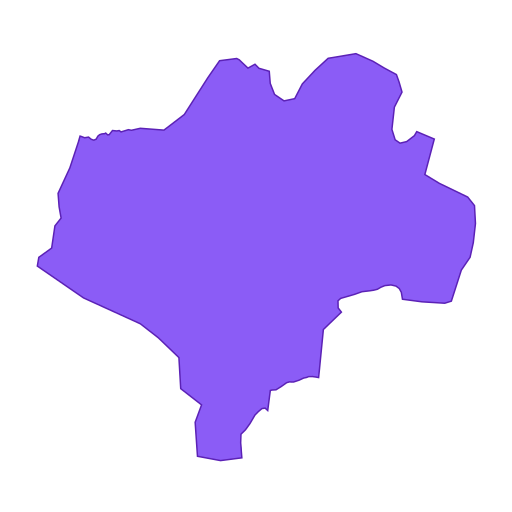 Tenenkou, Mopti, Mali, rotated 2°
{"feature_id": "8926073B19754802458169", "entity_name": "Tenenkou", "entity_type": "district", "adm_level": 2, "iso_a3": "MLI", "parent_name": "Mali", "parent_adm1": "Mopti", "projection": "albers", "projection_center": [-4.939, 14.587], "detail": "fine", "context": "isolated", "style": "filled", "palette": "violet", "viewbox_px": 512, "rotation_deg": 2, "n_neighbors": 0, "source": "geoboundaries", "source_scale": "gbopen_adm2", "svg_char_len": 1756}
<svg xmlns="http://www.w3.org/2000/svg" viewBox="0 0 512 512"><g transform="rotate(2 256 256)"><path d="M343.3,309.1L339.9,305.0L339.5,297.9L342.1,295.4L355.8,290.9L363.1,288.0L366.3,287.5L370.9,286.8L374.7,286.1L378.5,285.0L381.8,282.9L385.8,281.1L391.9,280.2L397.0,281.2L400.3,283.5L402.5,287.2L403.9,294.1L423.4,296.0L446.3,296.6L452.8,294.3L461.7,262.9L470.0,249.8L472.7,235.1L474.2,215.9L472.6,198.0L465.5,189.7L436.7,177.0L421.9,168.7L430.1,132.9L412.3,126.1L410.1,130.2L402.6,136.4L396.0,138.2L391.0,135.0L387.4,124.7L389.1,102.4L396.2,87.1L392.9,77.1L390.0,69.8L377.5,63.6L366.1,57.3L348.8,50.3L321.2,55.9L308.6,68.3L296.3,82.4L289.2,97.4L278.6,100.0L268.9,93.9L264.2,83.0L262.8,70.9L252.4,68.3L249.9,65.9L248.3,64.4L241.4,68.5L235.4,63.2L232.4,60.5L229.8,59.3L212.8,62.1L201.7,79.4L179.4,117.1L159.6,133.4L135.9,132.4L127.1,134.7L124.1,134.2L116.8,136.7L114.9,135.4L112.5,135.9L108.2,135.6L105.0,139.9L103.5,140.1L101.5,138.4L100.5,139.0L97.6,139.4L95.5,140.2L93.8,141.7L92.5,144.2L92.3,144.7L89.9,145.9L88.2,145.4L87.1,145.0L84.5,143.0L80.6,143.8L77.1,142.6L76.0,142.3L74.9,146.6L75.0,146.6L66.9,174.4L56.0,200.3L57.5,213.7L59.9,224.9L54.0,232.9L51.5,255.2L39.0,264.9L37.8,273.7L85.1,303.9L142.8,327.8L161.3,341.2L182.5,360.2L185.4,391.2L206.8,406.7L201.0,424.3L204.5,458.2L227.7,461.7L248.9,458.2L248.1,451.3L247.8,448.1L247.2,443.3L247.2,434.6L251.5,430.1L255.8,423.7L260.5,415.0L263.7,411.5L267.2,408.3L270.4,407.7L273.1,410.0L275.0,389.9L276.6,389.4L280.7,389.0L286.0,385.4L291.1,381.5L294.0,380.6L296.0,380.7L298.0,380.6L303.4,378.6L307.9,376.3L310.8,375.6L312.8,374.7L315.6,374.6L316.8,374.5L317.4,374.6L320.3,374.9L322.8,375.3L323.4,366.7L324.0,357.0L325.9,327.1L343.3,309.1Z" fill="#8b5cf6" stroke="#5b21b6" stroke-width="1.5"/></g></svg>